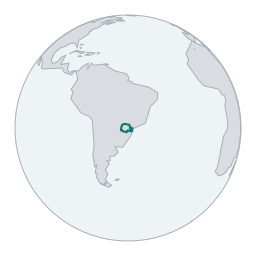 globe centered on Paraná
{"feature_id": "BRA-613", "entity_name": "Paraná", "entity_type": "State", "adm_level": 1, "iso_a3": "BRA", "parent_name": "Brazil", "parent_adm1": "", "projection": "orthographic", "projection_center": [-50.532, -24.613], "detail": "fine", "context": "on_globe", "style": "outline", "palette": "teal", "viewbox_px": 256, "rotation_deg": 0, "n_neighbors": 0, "source": "natural_earth", "source_scale": "10m", "svg_char_len": 6153}
<svg xmlns="http://www.w3.org/2000/svg" viewBox="0 0 256 256"><circle cx="128" cy="128" r="113" fill="#eef3f6" stroke="#a8b0b8"/><path d="M87.4,22.9L87.2,23.0L94.1,21.2L92.7,22.0L93.4,22.6L95.8,21.5L96.1,20.8L100.8,19.3L100.6,18.9L102.5,18.4L103.8,18.0L107.4,17.3L110.2,16.9L109.3,17.4L110.5,17.3L114.5,16.5L115.8,17.3L121.9,18.0L121.8,18.5L116.1,19.7L108.3,20.4L100.9,23.3L109.6,20.8L109.2,22.5L110.8,22.7L113.1,22.4L114.7,21.6L115.4,22.2L107.1,24.6L106.3,24.0L109.0,23.2L105.3,23.7L99.7,25.9L100.0,26.9L91.3,30.1L91.4,30.9L89.5,32.3L90.0,30.6L89.0,33.9L78.8,40.2L77.3,47.6L74.6,42.9L71.1,43.4L66.6,45.1L66.3,46.2L60.9,47.6L55.0,52.4L51.4,59.5L52.1,63.8L58.3,61.3L60.8,57.6L65.7,55.3L60.7,64.6L69.0,63.0L67.4,69.8L69.6,72.6L74.1,70.5L78.7,71.0L82.4,66.4L88.2,63.2L87.8,68.7L91.4,63.2L94.4,65.3L106.2,63.8L105.2,65.1L115.1,71.0L126.5,73.7L129.1,78.0L127.7,80.7L131.8,81.5L131.8,83.3L148.6,87.1L157.6,92.7L157.6,99.3L150.5,106.4L145.4,123.3L133.1,128.6L130.8,136.0L122.7,147.2L115.2,146.6L118.2,152.2L114.7,155.9L110.0,156.4L110.0,160.6L106.6,161.0L109.4,163.6L105.3,169.6L108.0,174.1L105.3,179.1L107.2,181.8L105.7,181.9L104.4,183.1L104.7,184.7L99.5,182.8L96.5,176.8L97.2,173.5L95.2,173.3L96.6,164.9L94.9,166.9L92.8,155.4L94.1,145.9L92.4,121.0L89.6,116.7L81.1,112.9L70.8,98.8L73.0,91.9L71.0,89.4L77.7,79.3L76.3,72.1L74.0,71.6L71.5,75.0L64.2,72.5L62.1,68.0L42.6,69.0L41.3,67.7L42.4,63.9L41.8,56.7L39.3,65.4L38.0,64.9L38.0,62.5L39.4,60.7L41.2,56.6L40.8,56.7L41.6,55.7L47.1,49.6L52.9,44.0L59.2,38.8L65.8,34.1L72.7,29.9L79.9,26.1L87.4,22.9ZM76.1,50.5L85.6,52.2L79.5,54.0L80.8,53.0L78.5,51.9L74.0,51.6L68.9,53.9L76.1,50.5ZM81.8,44.9L80.1,45.0L81.9,44.6L81.8,44.9ZM101.7,18.5L102.7,18.2L102.0,18.4L101.7,18.5ZM108.7,187.3L100.2,183.7L104.8,185.2L106.8,182.3L111.7,185.3L108.7,187.3ZM115.1,180.1L118.1,178.5L119.2,179.3L117.4,180.5L115.1,180.1ZM199.8,41.2L200.2,41.5L202.0,43.1L207.5,48.2L209.5,50.3L206.7,47.5L197.3,39.3L194.3,37.7L195.5,41.8L192.7,41.1L187.9,38.5L182.2,32.3L189.3,34.8L187.3,33.1L181.4,29.5L184.1,30.8L182.6,29.8L184.8,30.8L184.0,30.3L192.1,35.4L199.8,41.2ZM240.5,134.4L240.3,136.1L238.6,147.9L236.2,156.9L233.6,159.1L230.6,166.9L228.7,167.4L226.4,171.5L223.1,174.4L218.8,176.0L215.0,171.5L217.4,167.3L219.4,157.5L223.4,136.4L227.2,129.4L227.9,122.7L224.9,106.1L225.7,99.3L224.2,95.4L221.6,94.5L219.6,90.0L217.7,88.9L204.0,85.8L198.1,79.5L187.2,63.9L188.5,59.4L185.8,53.6L192.2,41.1L196.8,43.5L205.6,47.2L207.3,48.7L209.8,52.1L219.2,62.3L218.0,60.3L218.7,61.2L223.5,68.3L227.8,75.9L231.6,83.7L234.7,91.8L237.1,100.1L238.9,108.6L240.1,117.1L240.6,125.8L240.5,134.4ZM193.8,48.0L194.6,49.5L193.8,48.0ZM106.6,63.7L108.0,64.6L106.0,64.8L106.6,63.7ZM78.4,56.2L80.5,55.8L81.6,56.3L79.8,56.9L78.4,56.2ZM97.5,52.8L100.2,52.9L97.3,53.7L97.5,52.8ZM87.2,52.4L95.4,53.0L89.8,55.3L84.6,55.1L88.4,54.0L87.2,52.4ZM80.1,47.7L81.4,47.7L80.8,48.6L80.1,47.7ZM83.1,44.6L82.5,44.8L82.1,44.3L83.1,44.6ZM109.7,22.4L110.4,22.2L112.6,22.1L111.3,22.5L109.7,22.4ZM123.8,20.3L124.6,21.4L123.1,20.7L121.5,21.3L116.3,20.9L121.5,18.7L120.1,19.7L123.8,20.3ZM110.9,20.3L113.6,20.5L110.5,20.4L110.9,20.3ZM171.9,24.4L174.1,25.3L175.3,26.0L173.3,25.5L171.4,24.4L171.9,24.4ZM175.5,25.8L181.9,29.1L183.5,30.0L178.8,28.0L179.5,28.0L177.3,27.0L176.9,26.6L172.0,24.3L175.5,25.8ZM115.1,16.1L115.7,16.1L112.4,16.5L113.7,16.4L110.0,16.8L115.1,16.1ZM136.4,15.7L134.9,15.7L135.0,16.0L130.2,15.7L127.0,15.4L126.2,15.4L136.4,15.7ZM207.0,48.1L207.9,48.9L208.9,49.7L210.4,51.4L207.0,48.1ZM200.7,42.5L201.2,42.7L203.8,45.2L202.8,44.6L200.7,42.5ZM199.3,41.0L201.0,42.6L199.5,41.3L199.3,41.0ZM192.8,220.1L190.6,221.7L191.5,221.0L192.8,220.1ZM232.5,169.9L229.2,176.8L229.8,174.6L232.2,169.3L235.8,160.5L235.9,160.4L232.5,169.9Z" fill="#d9dde1" stroke="#a8b0b8" stroke-width="1"/><path d="M121.2,128.4L121.2,128.1L121.2,127.9L121.3,127.7L121.3,127.4L121.2,127.3L121.2,127.2L121.3,127.0L121.4,126.9L121.5,126.9L121.6,126.7L121.7,126.4L121.7,126.2L121.8,125.9L121.8,125.7L122.0,125.7L122.4,125.1L122.4,124.9L122.5,124.7L123.2,124.3L123.3,124.3L123.5,124.1L123.8,124.1L124.1,124.1L124.3,124.0L124.5,124.1L124.8,124.1L125.0,124.1L125.1,123.9L125.4,124.0L125.6,124.1L125.8,124.1L126.0,124.2L126.3,124.2L126.5,124.1L126.8,124.3L127.0,124.4L127.4,124.5L127.5,124.6L127.8,124.7L128.0,124.7L128.3,124.7L128.5,124.7L128.9,124.7L129.0,124.7L129.0,124.8L129.3,125.0L129.5,125.1L129.6,125.3L129.7,125.6L129.6,125.8L129.6,126.0L129.8,126.2L129.7,126.5L129.8,126.7L129.9,126.8L130.0,126.9L130.0,127.0L130.2,127.3L130.3,127.5L130.2,127.7L130.3,127.7L130.2,127.8L130.2,128.0L130.4,128.2L130.5,128.1L130.8,128.1L131.0,128.1L131.3,128.2L131.5,128.2L131.6,128.3L131.6,128.5L131.5,128.8L131.6,129.0L131.6,128.9L131.8,128.7L131.9,128.8L132.0,128.8L132.2,129.1L132.3,129.3L132.4,129.2L132.4,129.3L132.2,129.5L132.1,129.4L132.3,129.3L132.2,129.4L132.0,129.5L131.9,129.5L131.9,129.4L131.9,129.2L131.9,129.3L131.7,129.3L131.6,129.5L131.8,129.6L131.7,129.6L131.4,129.7L131.2,129.5L131.3,129.6L131.2,129.7L131.2,129.8L131.4,129.8L131.5,129.8L131.8,129.9L131.7,130.0L131.6,130.3L131.4,130.4L131.5,130.4L131.4,130.4L131.5,130.5L131.4,130.5L131.3,130.4L131.2,130.5L131.5,130.5L131.4,130.7L130.9,130.7L130.8,130.8L130.7,130.8L130.6,130.7L130.6,130.8L130.5,130.7L130.5,130.8L130.3,130.8L130.2,130.9L130.0,131.0L129.9,131.1L129.7,131.2L129.4,131.0L129.3,130.9L129.1,130.8L128.9,130.8L128.6,130.8L128.4,130.8L128.2,130.8L127.9,130.7L127.9,130.8L128.0,130.8L127.8,130.8L127.7,131.0L127.4,131.2L127.3,131.3L127.3,131.2L127.2,131.3L127.2,131.2L126.9,131.3L126.7,131.4L126.7,131.5L126.8,131.8L126.7,132.0L126.4,132.1L126.3,131.9L126.1,131.9L125.9,131.9L125.6,131.9L125.4,131.9L125.2,131.8L125.2,131.7L124.9,131.6L124.7,131.6L124.3,131.5L124.2,131.5L124.0,131.4L123.8,131.5L123.7,131.5L123.2,131.3L122.8,131.4L122.7,131.4L122.5,131.2L122.4,131.0L122.3,130.8L122.2,130.7L122.1,130.4L122.1,130.2L121.9,130.1L121.8,129.9L121.8,130.0L121.7,129.9L121.7,130.0L121.6,129.9L121.5,130.0L121.4,130.0L121.3,129.9L121.2,130.0L120.9,130.1L120.8,129.9L120.8,129.7L120.9,129.4L121.0,129.3L121.1,129.2L121.0,128.9L121.1,128.5L121.2,128.4ZM131.9,129.5L132.0,129.5L132.0,129.8L131.9,129.7L131.9,129.5Z" fill="none" stroke="#0f766e" stroke-width="2"/></svg>